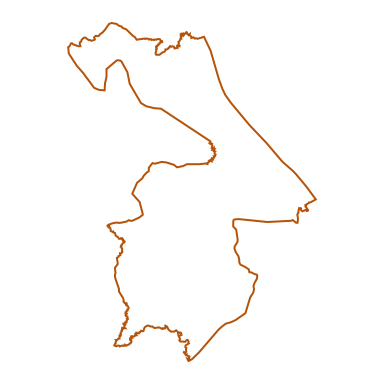 Bueng Khong Long, Bueng Kan, Thailand
{"feature_id": "78962969B81717267751176", "entity_name": "Bueng Khong Long", "entity_type": "district", "adm_level": 2, "iso_a3": "THA", "parent_name": "Thailand", "parent_adm1": "Bueng Kan", "projection": "albers", "projection_center": [104.048, 18.031], "detail": "fine", "context": "isolated", "style": "outline", "palette": "amber", "viewbox_px": 384, "rotation_deg": 0, "n_neighbors": 0, "source": "geoboundaries", "source_scale": "gbopen_adm2", "svg_char_len": 5958}
<svg xmlns="http://www.w3.org/2000/svg" viewBox="0 0 384 384"><path d="M315.8,199.4L306.2,186.4L296.1,174.3L293.2,171.2L282.3,161.6L266.5,143.0L249.4,125.0L230.8,102.7L225.4,95.1L222.5,89.1L218.8,79.0L210.6,50.7L204.0,36.8L197.5,38.8L196.0,38.2L194.9,38.6L193.6,37.4L191.3,38.0L191.4,36.7L189.5,35.2L189.7,34.1L188.4,35.1L186.6,32.1L185.8,32.6L186.0,33.5L185.2,33.4L183.7,35.3L183.1,33.5L182.2,34.0L181.3,33.6L180.7,34.1L180.7,35.3L181.4,35.2L181.9,36.0L180.9,36.3L181.2,37.7L180.7,38.1L181.1,38.7L180.6,38.8L179.4,41.2L178.4,42.0L178.9,43.6L178.4,44.6L179.1,45.3L178.0,45.5L178.7,46.3L177.2,46.3L177.4,47.8L176.7,47.5L176.2,48.1L174.5,48.4L173.9,46.7L172.2,46.3L171.4,46.7L170.2,46.1L169.6,46.6L169.5,47.6L168.5,47.8L167.9,48.9L166.6,49.5L165.5,49.4L165.4,50.5L164.3,51.8L162.3,52.5L159.5,54.8L156.2,54.7L155.8,54.4L155.6,52.6L156.3,51.0L156.1,49.5L156.8,48.9L156.1,47.7L156.6,47.1L156.1,47.2L156.2,46.3L157.7,45.3L158.2,44.4L159.1,44.4L159.6,43.7L159.5,43.1L160.2,42.9L160.4,42.4L162.2,42.1L161.9,40.9L160.6,40.8L160.0,39.3L157.5,39.0L156.4,39.7L154.7,39.5L154.0,40.1L152.4,39.6L151.5,39.9L151.1,39.2L149.0,39.5L148.9,39.0L146.7,38.5L145.2,39.0L144.8,38.5L136.6,39.7L135.0,37.2L132.9,35.8L126.3,29.4L122.6,27.9L121.5,26.5L118.8,25.7L116.6,23.9L111.6,23.0L109.1,23.9L104.9,29.9L102.3,32.7L100.1,34.1L98.9,35.8L97.7,36.2L95.9,35.8L94.4,36.9L94.1,37.5L94.9,39.3L94.6,39.8L91.6,40.8L89.6,39.9L88.7,40.1L85.2,37.5L83.7,37.8L81.5,40.0L81.1,41.7L79.9,42.3L79.7,43.5L80.4,46.2L78.6,46.3L73.2,44.4L72.3,43.4L71.1,43.3L69.3,46.5L68.2,47.2L68.8,53.5L76.8,65.8L83.0,72.8L94.1,87.8L98.7,89.8L104.6,90.4L105.0,83.6L106.5,76.9L106.5,69.1L116.4,60.7L117.8,60.2L120.6,60.7L121.6,61.7L127.4,72.2L129.7,83.8L141.0,103.1L146.3,106.3L154.5,108.2L161.0,108.7L210.3,141.3L210.3,143.3L209.7,143.4L210.2,143.9L211.1,143.9L211.3,143.3L212.0,143.8L211.5,144.4L212.4,145.7L211.8,147.6L213.0,147.7L212.9,148.2L213.5,148.4L212.5,148.7L212.2,149.8L213.4,149.6L213.8,148.9L213.8,149.5L214.5,149.3L214.3,150.1L213.7,150.2L213.7,151.0L214.6,151.3L214.2,151.5L214.7,151.9L214.6,153.8L215.6,154.5L214.7,155.9L215.0,156.2L214.4,156.8L213.9,156.6L214.1,157.3L213.3,158.9L211.9,158.1L211.3,159.2L212.1,159.8L211.0,160.0L211.4,160.8L210.5,160.7L210.8,161.1L209.4,160.7L208.7,161.1L208.8,162.2L207.5,162.9L207.5,164.1L205.5,163.5L199.4,164.2L186.9,164.2L183.1,166.1L177.0,167.3L174.1,164.9L166.7,162.5L161.6,161.9L155.0,163.7L152.5,163.1L148.9,167.6L148.7,171.3L146.4,172.8L143.8,175.7L142.3,178.3L137.0,182.9L132.3,193.8L139.6,202.0L142.8,214.1L142.7,214.9L139.1,217.6L132.4,220.7L131.1,220.9L128.7,220.2L126.8,221.5L123.1,222.3L119.8,222.9L115.9,222.6L111.8,223.5L108.7,224.7L108.9,225.4L108.1,225.1L107.5,225.6L107.8,226.6L109.2,226.5L109.3,227.8L110.0,227.8L110.6,229.0L110.7,231.0L112.7,232.0L113.2,231.6L113.6,232.6L115.0,233.0L115.6,235.5L118.1,237.3L118.8,238.7L120.2,238.8L121.0,238.1L121.9,238.2L121.9,238.7L122.3,238.6L123.0,239.3L122.6,240.2L123.1,240.9L123.9,240.7L124.7,241.5L124.4,242.2L123.6,242.1L123.5,242.9L122.3,243.8L121.7,245.2L121.2,245.3L120.7,246.7L121.6,247.2L121.5,247.9L122.2,248.7L121.9,251.0L122.4,251.6L121.9,252.7L121.0,253.5L120.0,253.3L120.3,255.2L118.5,256.1L118.4,257.0L116.9,257.9L117.8,263.9L114.9,267.9L115.5,272.9L114.9,275.4L115.3,278.3L118.9,288.7L119.0,291.6L123.1,298.1L123.7,300.5L123.5,301.7L125.3,303.6L126.0,303.0L126.6,303.3L126.9,304.9L126.4,305.3L128.0,306.3L128.7,308.1L128.0,309.4L127.4,309.4L127.5,310.6L126.5,311.0L126.5,311.8L125.8,312.1L126.3,313.2L125.7,313.4L126.1,313.8L125.8,314.5L126.4,314.4L125.8,315.4L126.3,316.4L127.4,316.5L127.8,319.0L126.9,319.1L127.2,319.9L126.4,321.1L126.7,321.8L126.1,322.0L126.1,322.5L125.2,322.4L125.2,323.3L123.4,323.7L123.5,324.3L125.1,325.0L124.4,325.7L124.3,327.1L125.2,328.2L122.4,327.8L122.4,328.9L122.9,329.1L122.5,329.6L122.0,329.2L121.9,330.8L121.5,330.8L121.5,331.7L120.5,333.0L121.0,334.6L120.8,335.4L120.1,335.3L120.2,335.9L119.5,335.9L119.6,338.5L118.4,338.6L117.4,339.8L115.9,340.0L116.4,340.6L115.5,342.6L115.7,343.4L114.6,344.4L114.3,345.5L116.4,346.3L117.3,345.6L119.2,345.7L119.9,345.9L120.0,346.4L122.5,345.5L123.4,345.9L123.8,345.4L125.4,345.7L125.3,344.9L126.4,345.5L128.9,344.5L129.8,343.4L130.5,343.4L131.5,341.8L131.2,340.1L130.4,340.3L130.0,339.6L130.1,338.8L130.4,339.0L131.3,338.3L131.1,338.0L132.1,337.8L131.1,336.8L131.3,336.2L134.4,336.4L134.9,335.5L136.4,335.3L135.4,334.0L136.1,333.7L136.2,332.7L136.7,332.7L136.9,333.5L139.0,333.3L139.4,332.2L140.0,332.3L141.1,330.7L142.4,331.2L143.5,331.0L144.3,328.0L145.3,326.8L147.2,325.7L148.6,325.6L150.8,326.6L152.2,326.4L154.4,328.0L159.1,327.4L161.5,328.6L162.6,328.3L162.6,328.9L165.3,328.3L165.3,326.4L166.0,326.7L165.9,326.0L167.1,326.7L168.4,329.4L170.6,331.5L174.3,331.6L176.1,330.3L177.9,332.0L178.2,333.8L180.0,332.4L181.1,333.0L181.5,335.0L178.6,336.0L180.1,339.0L179.3,340.3L180.1,341.4L185.2,341.8L186.5,340.2L187.2,339.9L187.9,340.2L188.6,341.6L188.3,342.6L188.9,343.4L185.6,345.4L185.4,346.1L185.4,347.3L186.4,348.0L185.9,349.1L186.3,351.8L185.3,352.7L184.0,352.0L183.8,352.3L185.7,354.7L186.6,354.5L186.3,355.3L189.4,356.4L189.3,357.4L188.5,358.1L189.2,358.9L188.4,359.5L187.5,359.0L188.3,360.7L188.7,361.0L192.0,359.2L199.0,352.4L218.5,329.7L221.7,326.8L225.7,323.7L231.0,322.2L235.7,320.0L245.4,313.2L250.2,297.4L253.4,292.3L254.0,289.2L253.5,286.0L254.6,282.8L256.7,279.2L257.3,276.0L256.9,274.7L254.4,274.0L251.3,272.4L249.4,272.2L248.7,269.3L244.9,266.8L240.5,264.7L239.3,262.6L239.2,259.5L238.4,256.2L235.7,252.0L234.5,248.7L234.7,246.4L237.3,242.3L237.7,239.9L236.2,229.7L233.2,226.4L233.3,220.9L233.7,220.0L234.6,219.4L238.9,219.1L267.3,222.0L290.9,220.8L292.8,220.1L296.0,222.7L297.5,222.8L298.0,218.7L297.3,214.5L298.5,212.8L298.2,212.2L299.1,208.3L300.0,208.9L300.4,208.1L301.1,208.4L301.1,210.3L302.5,211.3L306.0,209.8L306.5,210.9L307.8,210.8L308.1,210.3L307.0,208.4L305.5,206.7L306.1,205.9L305.4,205.1L308.3,203.4L308.9,202.5L310.2,202.5L315.8,199.4Z" fill="none" stroke="#b45309" stroke-width="2"/></svg>